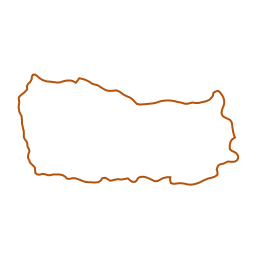 outline of Vargem Grande do Rio Pardo, Minas Gerais, Brazil, rotated 84°
{"feature_id": "56859067B74377484485590", "entity_name": "Vargem Grande do Rio Pardo", "entity_type": "district", "adm_level": 2, "iso_a3": "BRA", "parent_name": "Brazil", "parent_adm1": "Minas Gerais", "projection": "equal_earth", "projection_center": [-42.301, -15.332], "detail": "fine", "context": "isolated", "style": "outline", "palette": "amber", "viewbox_px": 256, "rotation_deg": 84, "n_neighbors": 0, "source": "geoboundaries", "source_scale": "gbopen_adm2", "svg_char_len": 2815}
<svg xmlns="http://www.w3.org/2000/svg" viewBox="0 0 256 256"><g transform="rotate(84 128 128)"><path d="M172.1,193.8L172.5,191.1L172.1,188.7L172.5,185.5L173.5,183.5L174.3,181.7L176.1,178.4L177.2,175.7L177.8,172.9L178.2,169.8L178.7,167.6L178.8,163.2L177.3,160.4L175.3,159.0L175.1,155.7L177.1,153.1L178.7,151.1L178.2,147.5L177.8,143.7L178.6,139.8L178.3,136.4L178.1,133.4L180.4,131.3L182.0,129.3L182.2,126.3L180.8,124.7L179.3,123.6L178.2,121.9L177.9,119.6L178.3,116.8L179.4,114.2L180.7,111.8L182.2,109.4L183.7,107.1L183.8,104.0L182.7,101.2L181.6,98.7L181.0,94.4L181.4,91.0L183.8,91.6L187.3,91.1L188.3,88.6L188.3,84.7L188.3,82.1L189.1,78.0L190.3,74.8L190.9,71.9L190.9,68.5L190.4,65.5L189.8,63.0L188.7,59.9L187.5,56.7L186.6,53.3L186.1,49.5L185.3,46.3L183.8,43.9L181.2,43.6L178.4,44.1L176.1,43.0L174.5,41.8L173.7,39.8L173.4,36.5L172.5,34.3L171.8,31.8L172.5,28.6L172.6,25.3L171.5,23.0L169.7,21.7L168.1,21.4L166.4,21.8L164.5,22.9L162.8,25.0L161.5,27.3L159.8,28.8L158.0,28.9L156.1,28.6L154.5,28.2L152.5,27.5L150.2,25.6L148.6,22.6L146.3,23.3L143.7,23.7L141.7,23.9L138.4,24.1L135.0,24.1L133.0,24.4L130.7,25.6L129.6,27.3L128.1,29.8L126.5,32.1L124.6,33.2L122.2,33.4L120.6,32.8L118.6,32.1L116.7,31.0L115.1,30.3L113.4,29.7L110.5,29.5L108.4,29.8L106.3,30.5L103.8,31.7L101.9,32.9L100.5,34.5L100.8,37.1L102.1,39.5L104.7,40.1L106.4,41.6L108.2,43.6L109.4,46.8L109.8,49.2L110.0,51.4L110.4,54.2L110.4,56.9L110.0,59.1L109.4,61.1L109.7,63.7L110.1,66.1L109.8,68.9L108.5,72.0L107.6,74.9L106.9,76.9L106.0,79.3L105.1,83.0L104.7,86.1L104.6,89.2L104.7,92.2L105.1,94.4L105.7,97.0L106.1,100.1L106.1,102.8L106.1,105.5L106.1,108.3L106.0,111.6L105.8,114.3L104.9,116.7L103.1,118.2L101.0,119.7L99.5,121.1L98.0,122.8L96.5,125.5L94.4,128.9L92.2,131.2L90.6,133.2L89.4,135.6L89.4,138.8L89.1,143.2L88.1,146.0L86.7,148.1L85.3,150.0L84.0,151.6L82.4,153.6L81.2,156.6L80.1,159.2L78.5,161.0L77.2,162.8L76.1,164.6L75.1,166.5L74.2,168.8L73.4,171.3L75.4,173.0L77.6,175.2L75.9,177.4L74.8,179.8L74.4,183.7L74.7,187.1L75.4,190.2L75.5,193.1L74.9,195.9L73.8,200.3L73.1,204.1L71.5,207.7L69.4,210.5L67.2,212.5L65.2,214.7L65.1,217.1L66.9,218.2L69.4,218.7L72.0,220.5L73.7,222.8L75.7,224.1L79.0,224.2L80.9,226.3L82.3,228.1L83.7,230.5L85.0,232.2L86.4,233.5L88.7,233.6L90.9,233.4L93.2,234.0L95.4,234.6L97.4,234.6L100.3,234.4L102.5,233.7L104.5,232.7L107.7,232.6L110.5,232.7L112.8,233.0L114.8,232.6L117.2,232.5L119.7,232.0L122.8,232.2L124.7,232.4L126.7,232.5L129.1,231.4L131.5,230.0L133.3,229.8L135.0,229.9L136.6,229.7L138.8,228.6L141.2,228.5L142.7,229.4L144.4,230.0L146.5,230.6L148.8,230.0L150.5,229.4L152.2,229.0L153.9,227.7L155.5,226.3L157.3,224.8L160.5,224.8L163.1,224.8L164.7,223.1L165.2,221.0L164.7,217.5L165.6,214.5L166.6,212.6L166.8,210.3L166.4,207.6L166.6,205.1L167.0,201.3L167.9,198.3L169.5,195.9L172.1,193.8Z" fill="none" stroke="#b45309" stroke-width="2"/></g></svg>